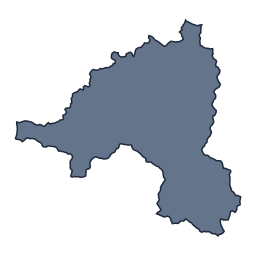 the district of Ouro Preto, Minas Gerais, Brazil
{"feature_id": "56859067B58463943509301", "entity_name": "Ouro Preto", "entity_type": "district", "adm_level": 2, "iso_a3": "BRA", "parent_name": "Brazil", "parent_adm1": "Minas Gerais", "projection": "albers", "projection_center": [-43.625, -20.396], "detail": "fine", "context": "isolated", "style": "filled", "palette": "slate", "viewbox_px": 256, "rotation_deg": 0, "n_neighbors": 0, "source": "geoboundaries", "source_scale": "gbopen_adm2", "svg_char_len": 5813}
<svg xmlns="http://www.w3.org/2000/svg" viewBox="0 0 256 256"><path d="M22.3,141.7L23.9,140.6L25.6,138.9L27.1,137.8L29.0,138.5L30.9,138.7L32.1,138.4L33.9,138.8L35.9,139.7L37.3,140.9L38.9,142.0L40.1,142.3L41.5,143.5L42.2,145.3L43.0,146.6L46.1,147.1L47.2,146.4L48.4,145.9L49.8,146.0L51.2,146.4L52.9,146.4L54.7,146.8L55.9,147.3L57.1,148.5L58.6,151.1L60.3,151.0L62.0,151.6L63.8,151.8L65.2,152.4L66.5,152.7L68.0,154.1L69.7,153.8L71.1,154.4L72.1,155.5L72.5,157.2L72.1,158.6L71.1,159.8L70.2,161.4L70.1,163.8L70.4,165.4L70.1,166.7L70.4,168.7L72.2,170.4L71.9,172.0L71.5,173.6L71.0,175.0L70.9,176.6L72.5,177.0L74.4,176.6L76.4,176.8L78.5,176.6L80.2,177.4L84.1,176.8L85.8,175.8L85.8,173.9L86.1,172.1L85.9,170.2L87.1,169.2L89.1,168.8L90.2,167.4L90.3,166.0L89.9,164.4L89.9,162.4L90.7,161.3L91.3,159.8L93.5,157.9L95.4,156.8L97.6,157.4L99.2,158.1L100.4,158.3L101.9,158.3L103.3,159.0L106.5,158.8L108.5,157.9L109.8,156.2L110.8,154.5L112.1,153.2L113.7,152.6L114.9,151.8L115.7,149.7L117.0,148.6L118.3,148.1L118.9,146.9L119.2,145.3L119.8,144.1L121.7,143.7L123.1,144.3L125.1,144.5L128.2,145.1L131.0,144.9L131.8,146.0L132.1,147.6L132.8,148.8L133.8,149.8L137.4,151.2L138.6,152.3L141.2,154.5L142.1,156.0L143.5,157.0L145.1,157.9L145.9,159.0L145.8,160.4L146.5,161.9L148.6,162.1L150.7,161.9L152.1,163.1L155.6,165.6L157.2,166.3L158.6,166.7L159.8,168.2L161.6,169.5L162.4,170.8L163.0,172.2L163.3,175.5L163.7,177.3L165.2,179.2L164.6,180.9L163.7,181.9L162.1,184.6L161.1,186.1L160.6,187.6L160.6,189.9L159.9,191.6L159.1,192.6L158.2,194.1L158.6,195.8L158.6,197.5L159.4,199.0L158.9,200.6L157.9,202.0L157.0,203.5L158.0,205.3L158.9,206.2L159.8,208.0L161.0,209.5L160.1,210.7L159.1,211.7L157.6,212.4L156.5,213.8L158.5,214.5L160.0,215.2L161.4,215.7L162.7,216.5L164.2,216.9L165.5,216.8L166.9,216.2L168.7,216.5L169.9,217.6L170.7,219.1L171.0,220.8L171.9,222.0L172.2,223.6L175.6,223.2L176.8,223.4L178.1,223.3L179.6,222.4L180.4,221.0L182.0,220.9L183.7,221.1L184.7,220.1L185.6,218.8L188.4,220.8L189.9,222.2L191.5,222.8L192.7,224.5L194.1,225.8L195.4,226.8L196.9,228.3L198.4,228.6L199.3,229.8L200.1,231.5L201.6,232.1L203.3,231.8L204.9,231.1L206.0,231.9L208.0,231.6L209.9,232.0L210.9,232.8L212.1,233.6L213.4,233.8L215.1,233.7L216.5,234.8L218.1,235.9L218.8,234.6L220.1,234.4L221.5,233.9L223.1,232.8L224.2,231.2L223.1,229.5L222.2,227.9L221.7,226.4L221.0,225.3L220.5,223.4L220.4,221.9L220.4,220.1L221.2,218.7L223.6,220.1L224.9,219.9L226.6,220.0L228.3,219.8L229.2,216.9L229.8,215.7L229.9,214.4L230.2,213.0L231.0,211.2L232.5,210.9L235.0,212.3L236.1,211.1L236.8,209.4L236.8,208.0L237.2,206.2L240.2,204.7L239.8,200.9L240.4,198.7L240.6,196.7L239.0,196.3L237.9,195.5L236.6,195.6L235.4,195.1L234.7,193.7L233.4,192.1L231.9,191.1L231.4,189.6L230.8,188.1L229.6,184.0L229.9,182.2L229.9,176.7L229.2,174.9L229.9,173.4L230.8,171.7L230.4,170.3L227.8,169.4L225.0,168.2L223.5,168.4L222.8,165.9L222.6,164.3L222.2,162.9L221.4,161.7L220.3,160.8L216.9,160.7L215.7,160.3L214.6,159.4L213.0,158.8L211.4,158.0L209.6,157.3L208.7,156.0L207.6,155.3L204.9,155.2L203.4,153.4L201.7,150.1L202.4,148.4L203.2,147.0L204.6,146.0L204.8,144.3L206.0,143.2L207.1,141.9L207.0,140.1L207.6,138.8L208.6,137.2L209.9,136.1L210.6,134.6L211.5,132.1L210.7,130.4L210.0,128.3L210.5,126.7L212.6,124.2L213.6,122.6L213.6,120.6L212.7,117.6L212.8,115.9L214.6,115.6L216.2,112.1L216.2,110.4L214.6,108.9L213.3,107.2L212.3,105.7L211.9,104.0L213.1,102.0L213.6,100.0L214.7,99.1L215.7,97.9L215.7,95.4L214.9,93.7L213.7,92.2L214.4,90.8L215.4,89.2L218.1,87.7L219.2,86.8L220.0,85.5L220.2,84.3L219.8,83.0L218.6,81.9L217.2,78.3L217.0,76.5L217.8,75.2L218.7,74.3L219.5,73.1L219.8,71.5L219.8,69.9L218.8,69.1L218.4,67.6L217.4,66.9L216.1,66.9L215.8,65.6L215.8,63.7L216.6,61.5L215.8,60.0L214.6,59.4L213.5,58.2L212.7,57.1L212.2,55.2L213.2,53.7L212.5,52.4L212.8,50.6L212.6,48.7L209.7,49.0L208.5,48.4L207.0,48.3L204.9,48.0L203.3,47.1L202.2,46.1L200.3,45.5L200.0,42.6L199.7,40.9L200.2,39.4L200.3,37.7L199.2,35.9L199.7,33.9L200.7,32.9L201.0,26.7L201.8,24.9L199.8,24.9L198.2,25.7L196.9,25.6L195.6,25.2L192.3,24.1L190.9,23.3L189.7,22.7L188.5,22.0L186.7,21.4L185.6,20.1L185.0,22.2L184.0,24.1L183.1,25.0L182.9,26.3L181.5,27.3L181.3,28.7L182.0,29.9L180.9,30.8L179.4,32.0L180.8,33.1L181.6,34.2L181.7,36.1L182.9,37.6L183.1,39.4L180.1,41.4L177.5,41.9L175.0,42.0L171.7,41.3L170.5,41.4L167.7,43.8L165.4,46.4L164.1,46.1L161.7,44.5L160.7,43.6L158.3,41.8L157.1,41.0L155.7,40.5L154.4,39.3L153.3,37.9L152.0,36.7L150.4,36.1L149.0,35.5L148.5,36.8L149.0,38.4L150.1,39.9L148.4,43.0L146.3,43.1L144.4,42.9L143.6,44.7L142.4,45.8L141.2,47.3L139.0,47.6L137.2,48.3L136.0,49.3L135.4,50.7L135.0,52.6L133.9,56.5L132.6,55.6L132.0,53.5L130.5,52.3L129.0,52.4L127.6,53.3L126.0,54.2L126.0,55.9L124.9,56.7L123.2,56.7L121.2,57.1L119.4,56.1L118.3,54.4L118.2,52.8L116.3,52.6L114.2,51.9L112.2,53.2L111.5,55.2L111.3,56.8L111.6,58.3L113.4,59.6L115.2,60.2L115.1,63.5L113.3,63.6L112.6,65.2L110.7,66.1L109.0,67.6L105.3,67.7L104.0,68.3L102.2,68.9L100.6,68.4L99.5,69.2L97.7,70.0L95.6,70.3L94.5,69.6L92.8,69.6L91.5,70.9L90.5,72.2L89.6,74.0L91.2,76.9L90.1,78.9L89.9,81.6L89.2,83.5L90.1,85.6L88.9,86.7L87.5,86.7L86.3,86.0L84.7,85.7L83.4,86.9L83.6,88.4L83.2,89.9L80.0,88.9L78.8,90.0L77.7,91.5L75.4,92.3L73.6,93.2L72.5,94.1L72.5,95.7L72.3,97.1L71.3,98.4L71.8,102.8L70.6,103.8L70.6,105.6L70.1,107.5L68.4,108.0L66.2,108.1L64.9,109.4L66.0,111.0L66.5,112.4L65.9,113.6L64.7,114.7L63.0,115.2L63.0,117.0L63.5,118.6L62.6,119.7L59.9,120.1L58.7,121.3L55.6,122.6L54.4,123.2L52.7,123.3L51.0,123.7L49.5,123.8L48.5,122.6L47.4,123.4L44.7,126.1L43.3,126.4L41.6,125.1L39.7,124.4L38.2,125.1L36.7,125.0L35.2,124.4L31.7,122.2L28.6,121.4L27.3,121.2L25.6,120.8L23.7,121.2L21.5,122.0L20.0,122.7L18.6,122.5L16.7,122.0L16.7,124.0L17.1,126.1L17.3,128.0L17.3,129.6L17.1,131.4L17.1,133.0L16.2,136.5L15.4,138.0L16.1,139.2L17.9,139.4L20.0,139.8L21.3,140.7L22.3,141.7Z" fill="#64748b" stroke="#1e293b" stroke-width="1.5"/></svg>